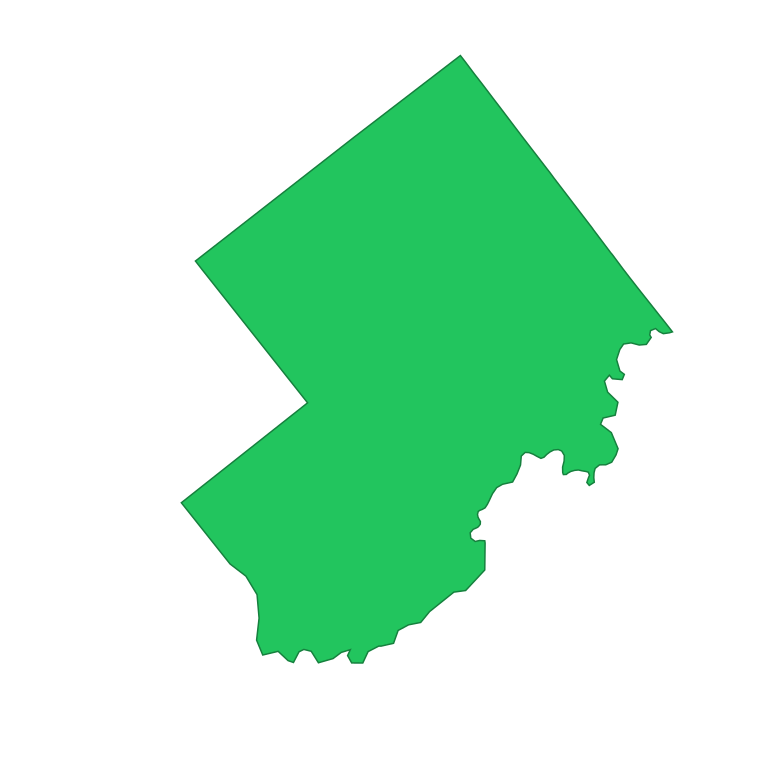 outline of McKenzie, North Dakota, United States of America, rotated 142°
{"feature_id": "52423323B35448642149911", "entity_name": "McKenzie", "entity_type": "district", "adm_level": 2, "iso_a3": "USA", "parent_name": "United States of America", "parent_adm1": "North Dakota", "projection": "albers", "projection_center": [-103.467, 47.736], "detail": "fine", "context": "isolated", "style": "filled", "palette": "green", "viewbox_px": 768, "rotation_deg": 142, "n_neighbors": 0, "source": "geoboundaries", "source_scale": "gbopen_adm2", "svg_char_len": 2031}
<svg xmlns="http://www.w3.org/2000/svg" viewBox="0 0 768 768"><g transform="rotate(142 384 384)"><path d="M616.1,336.9L611.1,317.6L613.7,296.2L626.6,276.4L642.1,260.6L646.4,245.1L632.0,238.5L629.9,225.1L626.8,220.3L615.8,225.3L610.6,224.2L605.9,218.2L607.3,204.7L593.2,199.0L582.9,198.8L574.1,195.4L579.9,192.4L581.2,184.1L572.5,177.2L561.3,182.9L549.5,180.7L547.6,179.2L536.1,173.8L524.6,181.1L512.9,179.1L501.9,173.5L488.2,176.6L464.6,176.9L457.1,177.0L446.8,171.0L419.1,175.4L402.2,196.5L401.1,198.4L404.9,201.8L409.1,203.8L410.5,209.1L407.7,213.7L403.2,214.6L400.6,213.9L398.3,213.4L396.2,213.7L394.4,214.3L392.7,216.3L392.4,218.6L391.9,221.2L390.6,223.7L388.3,225.5L386.4,225.5L383.8,224.7L380.6,224.2L376.7,225.5L372.7,227.4L369.2,229.2L366.0,230.8L362.1,232.0L359.0,233.0L352.3,232.0L343.0,227.6L334.7,231.2L326.3,236.1L320.2,242.7L314.9,243.2L311.9,240.6L309.6,236.7L308.0,232.8L306.1,228.8L303.0,227.8L299.1,228.3L295.1,228.3L290.8,227.5L287.0,225.0L285.2,221.8L285.9,216.7L289.5,212.4L294.4,208.6L297.7,204.2L298.4,202.2L296.0,200.5L294.1,200.6L290.7,200.1L287.0,198.6L283.8,196.6L281.5,193.8L278.6,190.6L277.3,188.7L278.2,185.6L280.7,184.2L284.8,181.5L284.7,177.7L278.8,177.1L276.3,181.1L273.1,184.8L269.6,187.5L263.9,187.6L259.0,183.8L252.7,182.2L244.8,185.3L239.4,188.9L234.8,205.7L238.2,218.9L232.3,222.3L221.0,217.1L210.9,225.6L212.8,239.9L208.5,250.6L201.0,252.2L200.8,247.5L193.6,240.8L188.7,243.6L190.1,249.0L185.7,260.1L176.9,266.0L170.6,268.0L164.0,264.3L158.9,257.6L152.9,253.7L144.8,256.2L144.4,259.1L141.1,262.0L135.9,260.5L134.9,255.8L132.9,251.7L127.5,248.6L124.6,247.5L124.6,249.2L124.6,260.4L124.7,269.3L124.7,271.9L124.9,302.5L124.9,317.5L124.8,328.3L124.4,345.8L124.5,347.3L124.5,348.4L124.0,377.7L123.9,377.8L123.3,441.6L123.1,448.3L123.1,453.0L122.8,494.6L122.3,528.2L122.2,539.2L121.9,560.6L121.9,560.8L121.9,572.3L121.6,588.8L121.6,594.9L121.6,595.8L255.8,596.9L456.9,597.0L456.9,585.7L455.8,416.2L567.0,415.5L616.8,415.2L616.1,336.9Z" fill="#22c55e" stroke="#15803d" stroke-width="1.5"/></g></svg>